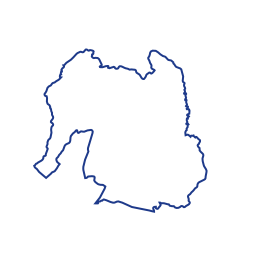 the border of Sipaliwini, rotated 200°
{"feature_id": "SUR-69", "entity_name": "Sipaliwini", "entity_type": "District", "adm_level": 1, "iso_a3": "SUR", "parent_name": "Suriname", "parent_adm1": "", "projection": "albers", "projection_center": [-55.917, 3.687], "detail": "fine", "context": "isolated", "style": "outline", "palette": "blue", "viewbox_px": 256, "rotation_deg": 200, "n_neighbors": 0, "source": "natural_earth", "source_scale": "10m", "svg_char_len": 5785}
<svg xmlns="http://www.w3.org/2000/svg" viewBox="0 0 256 256"><g transform="rotate(200 128 128)"><path d="M214.0,144.6L212.5,145.7L211.4,147.5L209.8,149.4L209.2,150.4L208.2,152.7L209.3,152.5L209.7,153.2L209.9,154.2L209.8,155.1L209.2,155.5L209.8,156.2L210.1,157.8L209.9,158.1L209.4,158.4L209.6,159.0L210.1,159.6L210.4,159.7L210.4,160.3L210.1,161.6L209.3,162.8L209.1,163.7L209.2,164.0L210.1,164.8L209.5,165.1L209.3,165.5L208.2,168.2L205.0,172.6L203.5,175.7L201.7,180.1L201.0,181.2L198.9,183.3L198.4,183.5L196.7,183.6L195.8,184.1L194.6,187.2L194.1,187.5L193.3,187.6L191.8,187.2L191.2,187.3L190.4,188.2L189.6,188.4L187.9,188.6L187.0,188.5L186.5,188.2L186.4,187.0L186.0,186.0L186.3,185.1L186.8,185.0L186.9,184.8L186.6,183.8L186.5,182.9L185.8,182.3L184.8,182.0L184.0,182.0L182.6,182.8L180.4,183.4L178.7,182.8L174.4,178.6L174.2,178.2L174.3,177.6L175.2,176.7L175.5,176.1L175.2,175.7L174.4,175.8L172.6,176.5L171.8,177.1L170.0,178.5L168.1,179.4L167.7,179.4L167.4,179.0L167.5,178.2L167.3,177.8L165.8,177.9L162.3,180.6L161.3,180.5L160.7,179.9L160.0,179.6L159.3,179.7L158.5,180.0L157.7,180.7L157.4,182.4L157.0,183.1L155.8,183.6L154.2,183.6L152.5,183.4L150.8,183.3L148.3,183.6L146.5,183.4L144.9,184.2L141.4,185.1L140.5,184.9L140.1,184.5L139.2,183.2L138.8,182.9L135.7,182.2L134.9,181.8L132.5,179.8L131.5,179.3L130.5,179.2L130.0,179.4L129.7,179.6L129.4,180.4L128.9,182.3L128.9,184.2L128.6,185.0L127.0,187.3L126.5,187.5L126.0,187.5L125.2,187.1L124.6,187.2L124.0,187.9L123.4,189.2L122.9,190.5L122.7,191.3L123.2,191.6L125.2,191.8L126.0,192.0L126.8,192.7L127.2,194.5L127.8,195.4L129.4,196.6L131.0,198.6L132.5,199.9L132.8,200.4L133.0,201.0L132.6,202.4L132.6,204.3L132.9,206.1L132.7,207.7L131.3,209.1L128.3,210.0L125.6,209.4L122.8,208.3L119.9,207.6L117.8,207.7L117.1,207.6L113.8,205.9L113.0,205.8L110.8,206.2L110.2,206.1L107.9,205.2L107.5,204.3L107.1,204.0L106.2,203.7L105.5,203.1L105.2,202.8L103.6,201.9L99.2,201.8L98.0,201.3L93.8,195.3L92.7,191.0L92.1,190.2L90.3,189.6L90.1,189.2L90.1,187.6L89.6,186.6L88.1,185.2L87.7,184.4L88.1,183.3L87.9,182.9L87.1,182.2L86.8,181.2L87.2,179.8L86.8,179.4L85.9,180.1L85.3,180.3L85.0,179.9L85.2,178.4L85.1,178.1L83.8,176.3L83.8,175.6L84.1,174.5L83.8,173.9L82.9,174.5L82.5,174.2L82.3,172.4L81.8,171.6L80.7,170.4L80.5,169.8L80.9,168.8L81.0,168.4L80.6,168.2L79.0,168.5L78.7,167.6L79.4,166.1L79.1,165.8L77.3,166.4L76.8,166.2L76.4,165.3L76.1,165.2L75.3,162.4L76.4,161.4L76.9,160.8L76.7,160.1L75.2,160.0L74.7,159.7L75.3,158.7L75.0,157.4L75.8,157.3L75.9,157.1L75.6,155.9L75.2,154.9L74.5,154.2L74.1,153.4L74.7,152.1L74.5,151.8L73.8,152.3L73.3,152.5L72.9,152.4L72.4,152.0L72.8,151.4L72.9,150.9L72.3,149.4L72.7,147.4L72.1,146.1L72.6,145.3L72.7,143.8L72.5,143.1L71.4,140.9L70.0,142.0L68.9,142.2L66.3,141.2L66.3,142.0L66.0,142.4L64.8,142.7L64.0,143.3L63.8,142.9L62.8,142.7L62.0,142.2L61.4,142.1L61.0,142.9L60.6,143.0L60.1,142.8L58.0,141.7L56.3,141.2L56.0,140.8L55.7,139.8L56.0,138.4L55.9,137.5L56.6,136.2L56.6,135.5L55.9,134.6L54.7,133.9L54.0,133.7L53.4,132.5L53.0,131.4L51.3,130.4L49.2,129.5L48.4,129.0L47.9,128.2L47.7,127.2L47.6,125.2L47.4,124.4L46.4,122.3L44.2,119.1L43.5,118.2L40.6,115.9L39.5,114.6L39.1,113.0L38.5,109.2L38.0,107.3L38.1,106.4L38.7,105.5L42.5,101.5L43.0,100.8L43.3,99.9L43.4,98.8L42.9,96.7L43.1,95.9L44.4,94.1L44.8,92.6L45.6,90.6L46.3,89.4L47.0,87.1L47.8,86.0L48.2,85.2L48.3,84.4L47.9,83.6L46.7,82.1L46.1,80.3L44.7,79.4L44.3,78.8L44.6,77.3L45.3,76.3L46.7,74.7L47.6,73.2L48.0,72.9L48.5,72.7L49.9,73.2L51.0,73.0L51.5,72.6L52.2,71.4L53.4,70.2L54.9,69.5L56.5,69.4L58.2,70.2L60.2,69.5L62.3,69.3L63.5,70.2L64.8,69.9L68.3,69.6L69.4,69.3L70.6,68.8L71.2,68.7L72.3,68.9L72.8,68.7L71.2,67.2L71.0,66.7L71.2,65.6L71.8,64.1L72.1,62.9L72.4,62.3L72.9,62.0L73.7,62.0L74.3,62.2L74.6,62.7L74.9,63.5L76.2,62.9L76.8,62.3L77.0,61.7L76.7,60.8L75.2,59.1L74.9,58.3L77.1,58.0L79.6,57.8L97.3,55.1L107.9,55.9L112.0,55.7L113.3,55.0L115.0,53.4L115.7,53.0L116.6,52.7L119.1,52.5L123.5,52.7L126.2,52.6L126.6,52.4L127.4,50.9L128.2,50.7L129.0,49.5L130.8,48.6L130.9,48.1L130.4,47.3L130.5,46.9L131.1,46.6L132.9,46.0L130.6,53.0L129.2,63.0L129.3,65.3L131.8,65.9L132.3,65.9L134.5,65.2L136.4,65.0L137.3,65.1L140.1,66.0L141.1,66.6L141.7,67.1L141.9,67.6L142.2,69.3L142.5,70.3L143.0,70.7L143.5,70.8L145.4,70.4L148.6,68.9L149.1,68.5L149.3,67.7L150.1,66.8L151.1,66.3L155.6,73.3L156.2,74.7L156.7,76.3L157.5,83.6L157.2,92.4L157.7,93.1L158.3,94.1L158.7,95.4L159.6,111.0L159.9,112.5L160.2,112.9L161.0,113.5L161.9,113.6L162.4,113.4L165.2,111.9L167.6,109.8L168.0,109.5L169.0,109.2L170.9,108.8L171.3,108.5L172.5,106.8L172.8,106.5L173.2,106.4L173.5,106.5L174.1,107.0L174.8,108.1L175.2,108.4L175.7,108.2L176.0,107.9L176.7,105.9L177.9,104.0L178.9,100.9L178.8,99.5L177.9,96.2L177.9,94.6L178.4,93.6L179.9,92.2L180.7,91.3L181.2,90.3L181.4,89.3L181.4,84.9L182.2,83.1L182.6,81.1L183.5,79.1L183.8,77.0L184.7,75.1L184.7,74.2L184.0,72.9L182.8,71.8L179.9,70.7L180.6,68.6L181.0,66.0L182.0,62.6L182.2,62.3L182.5,61.9L184.0,60.5L184.3,60.1L184.8,58.7L187.9,53.1L196.5,56.3L199.6,58.3L201.2,58.8L202.2,59.3L203.2,60.4L202.7,61.1L202.2,62.9L201.3,63.7L200.8,64.7L198.4,67.5L197.6,68.7L197.2,70.2L197.6,72.0L197.5,72.6L196.1,73.7L195.9,74.1L196.3,75.2L196.3,80.7L196.5,81.3L197.7,81.9L198.2,82.7L198.1,85.4L198.7,86.8L198.8,87.3L198.8,89.1L198.6,89.9L197.7,91.5L197.6,92.6L198.3,97.4L199.7,100.2L200.1,102.1L200.1,103.3L199.4,104.8L199.5,105.6L200.0,106.2L200.6,106.6L202.1,107.0L202.5,107.3L202.7,108.2L201.8,111.1L201.9,112.2L202.3,113.0L203.8,114.3L204.1,114.8L204.6,116.3L205.8,117.5L206.9,119.5L207.7,120.0L207.9,120.4L208.0,120.3L208.8,121.7L209.2,122.3L210.0,122.7L211.5,123.1L212.0,123.4L213.3,125.2L214.3,128.4L215.3,130.0L216.7,129.9L217.1,130.1L217.8,130.7L218.0,131.3L218.0,131.9L217.6,132.9L217.3,134.8L217.4,138.1L216.7,139.9L215.1,141.6L214.5,143.8L214.0,144.6Z" fill="none" stroke="#1e3a8a" stroke-width="2"/></g></svg>